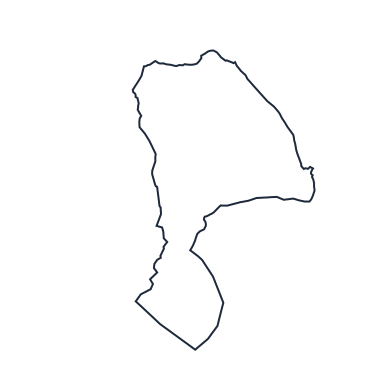 the district of Sanga, Kaduna, Nigeria, rotated 301°
{"feature_id": "59680162B60875368726655", "entity_name": "Sanga", "entity_type": "district", "adm_level": 2, "iso_a3": "NGA", "parent_name": "Nigeria", "parent_adm1": "Kaduna", "projection": "orthographic", "projection_center": [8.467, 9.25], "detail": "fine", "context": "isolated", "style": "outline", "palette": "slate", "viewbox_px": 384, "rotation_deg": 301, "n_neighbors": 0, "source": "geoboundaries", "source_scale": "gbopen_adm2", "svg_char_len": 2806}
<svg xmlns="http://www.w3.org/2000/svg" viewBox="0 0 384 384"><g transform="rotate(301 192 192)"><path d="M69.3,200.1L65.7,217.2L62.4,232.4L62.1,235.6L61.0,247.9L58.5,276.0L60.8,276.7L74.2,281.3L90.4,282.8L97.8,280.5L105.7,278.1L113.2,275.9L130.3,253.6L139.0,235.6L140.1,230.1L141.1,220.5L146.5,220.4L152.3,219.6L154.2,219.0L158.9,218.1L162.3,219.0L166.3,221.6L170.4,221.2L172.8,219.5L173.7,218.2L174.5,216.4L176.7,215.6L177.7,215.8L178.2,216.6L179.7,217.7L181.7,218.8L183.2,219.9L185.6,221.1L192.7,222.8L195.2,223.5L196.0,225.0L197.0,226.7L198.6,229.4L201.2,231.9L205.9,236.5L208.2,238.7L208.6,239.2L210.6,241.5L212.8,244.0L213.4,244.7L216.0,246.9L218.1,248.7L220.0,250.3L222.4,253.8L223.3,255.1L224.1,256.3L226.6,260.1L226.8,260.3L228.0,262.0L228.5,262.7L229.6,264.4L230.4,265.6L231.5,267.2L231.7,268.5L232.6,274.7L233.7,276.0L234.7,277.4L236.8,280.0L238.5,282.2L239.8,287.4L240.0,288.1L241.8,293.4L242.8,295.1L244.3,297.6L246.2,297.9L248.3,297.9L249.8,297.7L251.6,297.4L256.4,296.3L258.0,295.1L259.7,293.7L262.4,292.1L265.2,289.5L266.6,287.2L268.5,286.8L268.6,285.4L269.3,284.3L271.0,283.7L272.5,283.6L274.5,283.6L274.3,280.3L271.6,279.5L270.9,277.2L270.3,276.6L269.3,276.0L270.5,272.3L272.1,271.3L273.3,269.8L275.6,267.0L278.8,262.9L281.7,259.7L286.6,255.5L288.5,253.4L291.3,251.1L293.1,249.4L294.6,245.9L297.1,240.0L299.4,235.8L301.6,231.1L304.2,227.0L305.3,224.6L307.3,218.6L308.0,214.4L308.6,209.9L314.3,191.4L317.5,181.2L319.7,177.8L319.9,176.9L321.0,171.3L321.1,171.2L321.8,169.5L323.2,165.4L325.5,162.0L323.8,161.2L323.7,159.6L322.7,153.9L321.8,153.1L322.4,147.3L323.1,145.7L324.5,141.5L324.4,139.2L324.3,137.4L323.0,135.6L322.6,135.0L320.9,133.5L319.3,132.7L317.6,132.0L313.5,129.7L311.5,131.1L310.5,131.0L307.9,130.8L307.3,130.7L304.6,130.1L302.1,127.8L300.4,125.4L299.7,124.2L299.5,123.8L297.7,119.8L296.0,119.0L295.6,118.3L294.3,115.8L292.6,114.3L291.7,113.5L289.9,107.8L288.3,104.4L288.1,103.8L287.9,102.8L287.7,102.2L287.5,101.0L286.5,99.9L285.3,97.4L285.3,95.7L285.4,93.2L284.9,92.8L282.5,91.7L279.4,90.3L277.8,88.6L276.0,87.6L275.0,86.1L265.5,88.9L260.6,89.0L249.1,88.6L247.4,90.1L247.3,90.4L247.1,92.1L246.7,92.9L246.3,93.6L244.4,94.7L244.4,95.2L244.5,96.8L240.6,100.6L237.3,101.8L236.5,102.4L234.5,103.1L231.1,109.3L230.6,109.3L228.1,109.3L227.9,109.4L224.8,110.8L220.5,113.7L217.8,121.5L215.0,126.9L213.7,129.4L205.9,141.3L202.8,142.7L199.4,144.8L191.8,146.5L189.7,147.0L186.8,148.6L179.4,156.5L178.3,158.1L178.5,159.2L178.4,159.5L163.1,171.5L162.7,173.0L157.1,176.8L144.7,179.1L146.2,184.6L145.2,185.7L143.1,187.9L138.6,191.1L137.8,191.6L136.4,196.5L130.4,195.8L129.0,197.1L121.1,197.8L119.9,198.8L119.5,199.1L116.0,197.1L111.0,196.8L107.2,198.5L105.2,203.4L105.1,203.6L95.6,201.0L93.0,205.9L87.4,206.6L77.9,200.8L69.3,200.1Z" fill="none" stroke="#1e293b" stroke-width="2"/></g></svg>